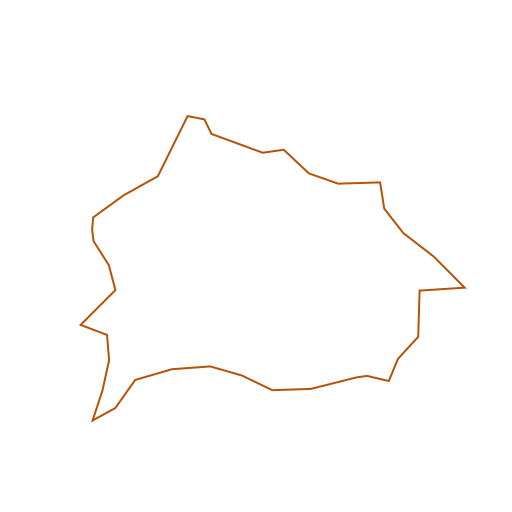 map outline of Bugiri (Robinson projection), rotated 257°
{"feature_id": "UGA-3117", "entity_name": "Bugiri", "entity_type": "District", "adm_level": 1, "iso_a3": "UGA", "parent_name": "Uganda", "parent_adm1": "", "projection": "robinson", "projection_center": [33.743, 0.527], "detail": "fine", "context": "isolated", "style": "outline", "palette": "amber", "viewbox_px": 512, "rotation_deg": 257, "n_neighbors": 0, "source": "natural_earth", "source_scale": "10m", "svg_char_len": 628}
<svg xmlns="http://www.w3.org/2000/svg" viewBox="0 0 512 512"><g transform="rotate(257 256 256)"><path d="M114.9,316.0L114.2,279.3L121.6,241.7L142.7,215.4L158.7,186.6L164.6,148.6L162.4,110.4L139.5,84.7L132.5,59.8L159.4,76.1L187.4,89.4L212.6,93.1L228.3,69.6L254.4,111.4L280.4,110.5L306.9,101.1L318.6,102.3L330.2,106.0L344.9,140.6L355.8,178.3L407.7,220.8L400.7,236.5L384.9,240.1L355.1,285.8L353.3,306.9L324.6,326.1L308.0,352.3L299.8,393.5L273.3,391.6L245.2,404.7L215.4,429.1L178.2,452.2L185.5,407.6L140.8,395.9L123.8,371.1L104.3,357.3L114.2,337.2L115.1,326.5L114.9,316.0Z" fill="none" stroke="#b45309" stroke-width="2"/></g></svg>